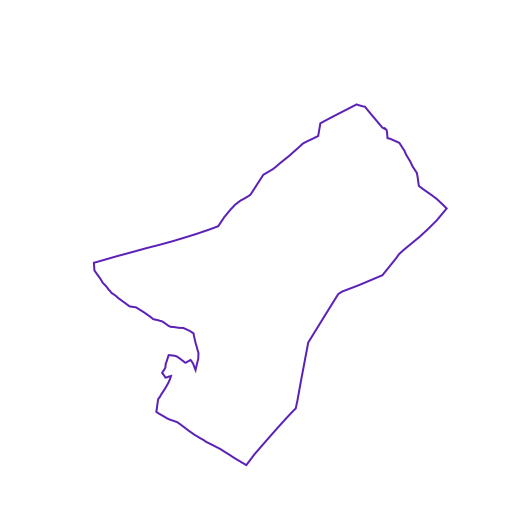 the district of Al-Baaj, Ninawa, Iraq, rotated 215°
{"feature_id": "34846034B31604409144822", "entity_name": "Al-Baaj", "entity_type": "district", "adm_level": 2, "iso_a3": "IRQ", "parent_name": "Iraq", "parent_adm1": "Ninawa", "projection": "mercator", "projection_center": [41.748, 35.687], "detail": "fine", "context": "isolated", "style": "outline", "palette": "violet", "viewbox_px": 512, "rotation_deg": 215, "n_neighbors": 0, "source": "geoboundaries", "source_scale": "gbopen_adm2", "svg_char_len": 2536}
<svg xmlns="http://www.w3.org/2000/svg" viewBox="0 0 512 512"><g transform="rotate(215 256 256)"><path d="M338.8,142.4L337.0,142.4L330.7,142.2L324.9,145.1L315.7,145.6L307.8,145.6L304.0,145.3L298.7,147.5L297.7,147.7L295.5,148.6L291.6,148.7L287.3,148.6L284.9,149.2L282.7,150.6L279.5,152.2L277.8,153.0L274.4,155.3L272.3,155.8L270.3,156.1L269.1,156.3L267.5,156.6L262.9,156.8L261.3,155.3L258.5,152.7L255.4,149.9L254.3,149.1L251.7,147.0L250.1,145.6L248.5,144.4L247.2,143.2L246.2,141.5L244.2,138.4L242.8,134.6L241.1,130.3L240.1,127.9L242.1,129.2L245.7,131.7L247.8,132.6L250.0,133.3L252.1,128.8L252.7,128.0L258.5,128.3L263.4,128.3L265.8,127.4L267.4,126.6L269.1,125.7L270.7,124.7L269.5,120.8L268.7,118.2L268.0,115.6L266.2,112.6L266.0,110.2L265.9,106.4L262.4,105.3L261.6,104.9L260.4,104.4L259.1,105.9L258.0,107.5L256.8,108.9L256.3,107.3L255.7,105.1L255.5,104.1L255.0,101.4L254.6,97.1L254.3,91.6L254.2,87.7L253.9,85.1L254.1,82.9L253.4,81.4L251.8,78.1L250.2,75.1L248.3,71.2L245.4,71.2L239.9,71.7L237.8,71.9L236.3,71.9L235.5,72.0L232.6,72.6L228.8,73.7L225.4,74.7L221.6,74.7L215.5,74.5L211.4,74.3L207.7,74.3L203.8,74.3L201.2,74.5L197.9,74.7L193.3,75.2L191.0,75.1L188.0,75.5L185.2,75.9L182.0,76.4L177.9,76.9L176.6,77.2L174.4,77.4L169.3,77.6L166.0,77.8L163.0,78.0L160.8,78.0L156.3,78.2L151.7,78.6L149.1,78.7L147.9,78.9L144.0,79.1L143.5,92.9L142.3,104.5L141.2,114.8L139.7,127.9L138.1,140.7L136.6,150.9L136.0,153.8L139.0,161.0L147.4,179.2L163.6,215.1L165.5,248.1L166.8,272.0L165.1,276.2L155.2,290.8L141.4,312.8L139.9,335.1L139.9,339.6L138.4,346.2L133.0,365.5L130.6,376.6L128.4,388.7L127.1,404.3L132.4,405.2L140.7,406.4L147.1,406.6L157.7,406.6L162.8,406.8L169.2,413.7L171.9,416.3L179.4,419.3L183.7,421.8L191.3,425.2L194.9,427.4L203.5,430.9L213.2,429.0L215.9,428.0L219.8,432.7L221.3,434.1L223.8,434.5L223.8,433.9L226.4,433.7L246.2,439.0L250.0,440.1L252.4,440.8L253.8,440.1L255.2,439.5L260.6,437.8L264.2,430.9L268.7,422.4L272.3,415.6L276.4,407.6L279.4,401.6L273.9,390.0L277.1,384.1L279.5,380.0L281.7,375.9L282.2,374.5L283.7,367.7L285.1,362.1L285.9,358.3L289.7,345.3L290.9,340.4L292.0,336.8L294.5,331.3L296.6,326.7L295.7,303.0L297.0,299.7L298.9,295.6L300.4,292.7L302.6,285.9L303.0,282.3L303.4,280.6L304.3,269.6L304.0,258.8L309.0,251.5L317.8,239.5L326.1,228.8L333.5,219.4L342.4,208.7L350.1,199.8L358.4,189.7L370.2,175.6L382.9,159.9L384.9,157.5L380.1,151.5L375.7,149.9L370.7,148.2L365.8,146.0L364.0,145.8L360.1,144.9L357.4,143.9L355.2,143.6L353.4,142.9L348.5,143.0L344.2,142.5L341.9,142.5L338.8,142.4Z" fill="none" stroke="#5b21b6" stroke-width="2"/></g></svg>